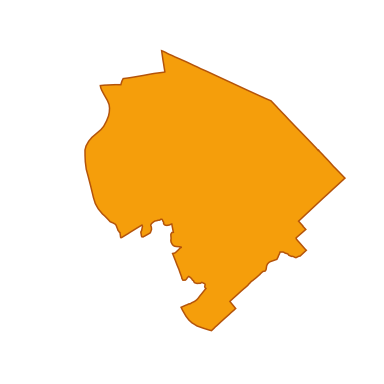 the district of Radovanu, Calarasi, Romania, rotated 207°
{"feature_id": "2599482B28336823997090", "entity_name": "Radovanu", "entity_type": "district", "adm_level": 2, "iso_a3": "ROU", "parent_name": "Romania", "parent_adm1": "Calarasi", "projection": "mercator", "projection_center": [26.509, 44.188], "detail": "fine", "context": "isolated", "style": "filled", "palette": "amber", "viewbox_px": 384, "rotation_deg": 207, "n_neighbors": 0, "source": "geoboundaries", "source_scale": "gbopen_adm2", "svg_char_len": 5675}
<svg xmlns="http://www.w3.org/2000/svg" viewBox="0 0 384 384"><g transform="rotate(207 192 192)"><path d="M142.8,302.0L146.6,303.3L153.8,305.8L154.3,306.0L154.7,306.2L162.4,308.9L162.9,309.1L164.6,309.0L170.8,308.6L190.0,307.8L217.5,306.8L225.6,306.5L231.7,306.3L234.2,306.2L240.2,305.8L242.0,305.8L244.1,305.8L245.9,305.7L247.3,305.6L251.8,305.5L255.7,305.4L257.8,305.3L261.0,305.1L263.0,305.0L266.0,304.8L268.8,304.6L271.2,304.6L272.8,304.5L275.0,304.3L276.6,304.3L277.5,304.3L278.3,304.4L281.3,304.3L282.4,304.2L283.2,304.1L278.0,296.7L275.7,293.6L273.4,290.4L270.7,286.7L271.1,286.2L276.5,282.5L279.6,280.4L282.8,278.0L288.1,273.9L292.8,270.4L297.5,266.9L299.3,265.6L301.4,264.1L302.9,263.1L304.8,261.8L304.8,259.7L304.8,259.1L304.4,256.7L304.3,256.3L304.1,255.3L309.1,252.8L317.0,248.3L318.6,247.4L322.0,245.2L321.5,244.5L320.4,243.2L318.4,241.5L318.2,241.4L316.8,240.4L315.5,239.5L314.8,239.0L311.0,236.5L309.9,235.8L308.6,234.9L305.5,232.2L303.5,229.2L301.9,225.5L300.9,221.8L300.4,216.5L300.5,210.4L301.5,206.1L306.0,195.2L307.1,190.4L307.3,184.9L306.4,180.8L303.9,176.0L300.8,170.5L296.5,164.2L291.7,158.9L285.0,151.3L277.2,142.2L272.9,137.8L270.4,136.1L267.8,134.4L261.9,131.8L260.3,131.4L259.1,131.1L256.1,130.1L254.7,129.6L252.8,128.9L251.6,128.4L250.4,128.4L248.3,128.6L245.9,128.5L244.5,127.9L243.1,126.6L241.7,125.4L240.6,124.3L240.0,124.0L239.2,123.7L238.5,123.2L238.2,123.2L237.8,123.2L235.7,120.2L235.3,119.5L235.0,119.2L234.8,119.0L234.7,119.0L234.4,119.1L234.0,119.6L233.8,119.8L230.8,124.7L230.2,125.6L229.2,127.4L228.8,128.1L224.9,134.5L223.1,137.4L222.3,138.7L221.7,139.6L221.6,139.8L221.4,139.7L221.0,139.4L220.8,139.2L220.5,138.8L220.4,138.4L219.8,136.2L219.7,135.8L219.5,135.2L219.4,135.0L219.4,134.4L219.5,133.6L219.3,133.2L219.2,132.7L219.0,132.4L218.1,131.3L217.5,130.4L217.1,130.0L216.7,129.5L216.6,129.4L216.4,129.3L215.5,129.6L215.1,129.8L215.0,130.0L214.8,130.4L214.0,131.4L213.6,132.1L212.5,133.7L211.5,135.3L210.8,136.3L210.7,136.8L210.7,137.6L210.9,139.0L211.1,140.4L212.1,142.0L212.8,142.8L213.4,143.2L213.8,144.0L213.8,144.9L213.7,145.3L213.5,146.0L213.3,146.6L213.0,147.2L212.1,149.0L211.6,149.5L211.2,149.8L210.5,150.4L210.2,150.6L209.8,151.0L209.6,151.3L209.0,151.7L208.6,151.9L208.1,152.2L208.0,152.3L207.8,152.6L207.7,152.8L207.6,153.2L207.5,153.4L207.3,153.7L207.0,153.8L206.7,153.9L206.3,154.0L206.1,154.0L205.8,153.8L205.2,153.2L204.9,153.0L203.6,152.2L202.9,150.9L202.6,150.7L202.4,150.6L201.9,150.4L201.5,150.3L200.8,150.3L200.2,150.5L199.7,150.6L199.1,150.9L198.4,151.4L197.9,151.8L197.3,152.3L197.0,152.5L196.7,152.9L196.5,153.3L195.9,154.0L195.5,154.3L190.3,147.6L191.5,146.8L191.6,145.9L191.7,144.8L191.4,144.3L191.0,143.5L190.2,142.2L189.6,141.2L189.0,139.6L188.6,138.8L187.7,137.7L186.8,137.1L185.5,136.2L184.1,135.8L182.8,135.8L181.2,136.3L178.4,137.5L177.6,137.8L176.6,138.0L176.4,137.7L176.6,137.5L176.7,137.3L177.0,136.9L177.3,136.1L177.4,135.8L177.9,134.2L178.9,131.4L179.2,130.7L179.5,130.1L179.7,129.7L179.9,129.6L180.3,129.2L180.7,129.0L181.2,128.6L181.4,128.4L180.9,128.0L179.9,127.1L176.9,124.4L176.3,123.9L176.1,123.8L175.4,123.1L172.1,120.1L168.4,117.0L166.8,115.4L163.8,112.6L162.5,111.4L162.1,110.7L161.7,110.4L161.0,109.9L160.2,109.3L159.6,109.5L157.9,110.5L157.4,111.8L157.3,112.9L157.1,114.0L156.6,115.3L155.7,115.3L154.6,115.0L153.6,114.8L152.1,114.1L151.5,113.7L151.1,113.7L150.5,113.6L150.2,113.5L150.0,113.3L149.7,113.0L149.3,112.7L148.7,112.4L148.1,112.4L147.5,112.5L146.3,112.7L145.4,113.1L144.4,113.8L143.3,114.3L142.8,114.8L142.4,115.8L142.2,115.9L141.6,116.0L140.5,116.0L139.6,116.1L138.8,115.9L138.4,115.7L138.1,115.1L137.9,114.1L137.7,113.4L137.2,112.9L136.6,112.6L135.8,112.4L135.9,111.9L136.3,110.1L137.3,105.1L137.6,104.0L138.1,101.2L138.2,100.6L138.3,100.0L138.5,99.2L138.7,98.7L138.8,98.3L138.9,97.9L139.0,97.8L139.6,96.5L139.9,96.0L140.2,95.6L140.5,95.0L140.7,94.8L141.9,93.3L142.0,93.1L142.3,92.6L142.9,91.6L143.1,91.3L143.6,91.2L144.1,90.8L145.0,89.6L145.7,88.7L145.9,88.6L149.4,84.3L146.7,82.3L141.0,78.6L136.6,76.5L132.7,75.4L129.7,75.2L126.8,74.9L119.9,75.8L114.0,76.8L111.7,77.3L110.6,80.3L109.9,82.7L109.4,83.7L107.9,87.8L107.2,89.8L106.8,90.8L105.5,94.2L104.4,97.0L103.3,99.8L102.4,102.4L100.9,106.0L100.7,106.7L100.3,107.8L100.2,108.0L108.6,111.7L107.9,113.7L107.6,114.4L107.0,116.1L105.2,120.7L103.7,124.7L103.5,125.3L101.7,129.8L101.0,131.3L100.8,131.9L100.6,132.4L100.3,133.1L100.0,133.9L99.8,134.6L99.7,135.1L99.6,135.9L99.4,136.3L99.2,136.6L99.1,137.3L98.9,138.0L98.9,138.3L98.4,139.3L98.2,139.9L98.1,140.2L97.9,140.4L97.7,140.7L97.2,142.0L96.7,143.0L96.4,143.7L95.9,144.8L94.8,147.6L94.3,148.9L94.0,149.4L94.1,149.8L93.2,152.2L92.9,153.0L92.8,153.3L92.3,153.7L91.7,154.2L91.0,154.7L90.9,155.0L90.8,155.5L90.8,156.0L90.8,156.5L91.1,157.6L92.0,160.2L92.0,162.4L91.4,164.3L90.6,165.5L88.4,167.8L86.7,169.6L85.8,170.5L85.8,171.1L85.8,172.1L85.8,173.2L86.0,174.6L86.0,176.8L86.3,178.5L85.3,179.0L83.7,179.8L82.9,180.0L81.8,179.8L80.1,180.0L79.6,180.2L79.0,180.3L78.2,180.2L77.0,179.6L74.1,179.8L73.3,180.3L72.1,180.5L70.5,180.5L70.2,180.5L69.6,180.7L69.2,181.1L68.3,182.4L67.7,183.2L66.8,183.9L66.6,184.0L63.7,192.0L64.8,192.3L66.6,193.0L72.6,195.4L75.9,196.7L77.7,197.5L78.0,197.8L78.2,198.0L78.4,198.4L73.6,210.3L77.7,211.8L77.8,212.1L83.8,214.4L78.0,230.5L72.3,246.2L70.1,252.0L68.3,256.9L67.7,258.6L65.9,263.3L64.5,267.1L62.5,272.5L62.0,273.8L63.6,274.3L74.9,278.2L77.5,279.0L84.1,281.6L90.7,283.9L92.2,284.5L96.6,286.0L97.8,286.6L98.3,286.8L98.4,286.3L100.7,287.3L101.7,287.7L104.1,288.5L106.0,289.2L115.2,292.4L116.1,292.7L121.6,294.6L129.9,297.4L137.0,299.9L138.8,300.5L139.8,300.9L142.0,301.7L142.8,302.0Z" fill="#f59e0b" stroke="#b45309" stroke-width="1.5"/></g></svg>